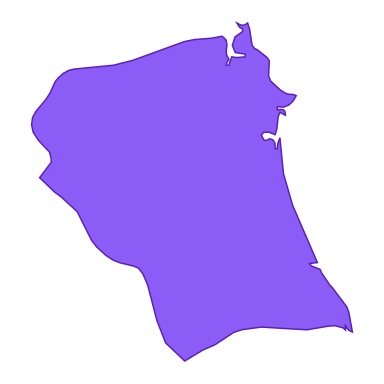 the Province of Quảng Ngãi
{"feature_id": "VNM-488", "entity_name": "Quảng Ngãi", "entity_type": "Province", "adm_level": 1, "iso_a3": "VNM", "parent_name": "Vietnam", "parent_adm1": "", "projection": "mercator", "projection_center": [108.762, 15.012], "detail": "fine", "context": "isolated", "style": "filled", "palette": "violet", "viewbox_px": 384, "rotation_deg": 0, "n_neighbors": 0, "source": "natural_earth", "source_scale": "10m", "svg_char_len": 1627}
<svg xmlns="http://www.w3.org/2000/svg" viewBox="0 0 384 384"><path d="M221.8,36.2L223.5,37.3L226.2,40.2L226.9,45.0L226.3,49.8L226.5,54.6L228.9,59.4L227.5,61.5L226.9,62.7L226.2,65.2L228.9,65.2L229.5,62.9L231.8,56.8L234.5,57.3L237.7,57.5L245.2,56.8L245.2,54.1L235.3,52.6L232.3,45.3L235.1,36.8L242.5,31.6L242.5,28.8L240.1,27.7L239.0,26.5L236.9,23.0L239.9,24.6L242.6,25.3L245.0,24.8L247.6,23.0L249.6,29.2L252.1,45.3L254.6,48.5L257.7,50.0L267.2,57.6L269.3,60.8L268.6,75.8L270.7,81.1L280.7,90.3L285.5,93.2L288.6,94.2L293.8,94.6L296.2,95.7L293.1,101.1L288.9,105.0L283.7,107.1L277.3,106.8L277.3,109.8L281.2,109.4L283.7,109.9L285.0,111.7L285.5,115.3L279.9,112.3L278.1,116.9L276.9,128.8L275.1,134.7L268.8,132.1L263.5,132.4L261.3,135.4L264.2,140.3L266.6,140.3L269.8,138.8L273.0,139.9L275.0,143.2L275.1,148.6L277.3,148.6L277.5,145.2L278.1,142.7L279.9,137.7L283.5,173.8L292.7,205.5L317.4,262.6L309.5,263.5L311.4,265.9L320.1,269.4L321.7,273.0L329.7,284.9L332.2,287.5L346.8,306.9L348.9,312.6L352.4,332.0L349.1,330.4L346.7,328.0L345.1,324.7L345.5,330.0L343.2,327.9L334.9,325.7L328.1,326.2L306.8,329.8L261.3,327.1L242.4,329.6L233.7,332.4L215.2,344.6L202.4,350.3L184.7,361.0L165.6,342.9L156.9,320.5L147.6,284.8L142.9,273.9L138.3,268.0L132.9,265.9L119.9,262.8L112.7,259.9L105.5,255.1L96.6,246.9L91.5,240.2L77.2,211.7L60.9,196.7L54.7,192.2L39.6,177.7L51.3,162.2L51.1,158.1L49.5,152.2L38.6,140.5L33.2,132.3L31.6,124.9L32.6,117.4L36.1,111.1L46.0,99.3L50.1,92.9L55.2,81.6L58.8,77.3L63.7,73.1L68.9,70.3L74.6,69.0L113.6,65.2L132.6,60.4L184.3,41.6L194.9,39.5L211.5,38.2L220.8,36.5L221.8,36.2Z" fill="#8b5cf6" stroke="#5b21b6" stroke-width="1.5"/></svg>